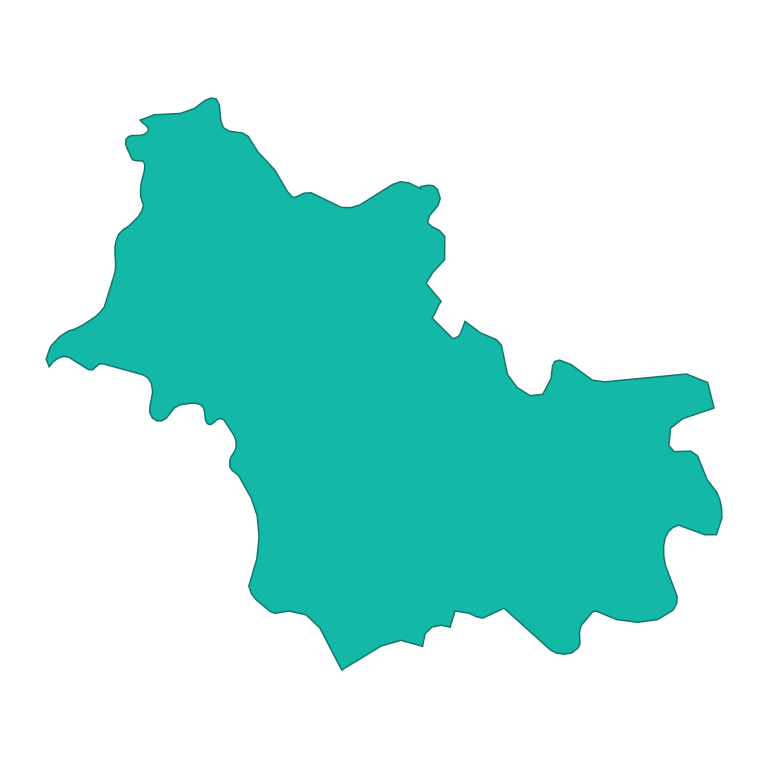 map outline of Loir-et-Cher (Mercator projection)
{"feature_id": "FRA-5314", "entity_name": "Loir-et-Cher", "entity_type": "Metropolitan department", "adm_level": 1, "iso_a3": "FRA", "parent_name": "France", "parent_adm1": "", "projection": "mercator", "projection_center": [1.32, 47.658], "detail": "fine", "context": "isolated", "style": "filled", "palette": "teal", "viewbox_px": 768, "rotation_deg": 0, "n_neighbors": 0, "source": "natural_earth", "source_scale": "10m", "svg_char_len": 2742}
<svg xmlns="http://www.w3.org/2000/svg" viewBox="0 0 768 768"><path d="M550.7,650.2L504.0,608.2L482.9,618.1L476.9,616.9L468.9,613.2L454.8,610.9L454.1,614.4L451.0,623.7L450.3,627.2L441.3,625.2L432.1,627.0L425.1,633.7L422.5,646.3L400.9,640.3L381.3,645.9L341.7,670.0L319.6,627.5L306.0,614.8L288.9,611.0L275.2,613.3L270.4,611.6L256.4,600.0L251.4,593.7L248.8,586.1L256.9,558.7L259.1,537.1L257.2,515.8L251.3,498.2L238.3,475.2L232.0,470.3L229.9,466.9L229.7,460.9L231.0,457.0L235.1,450.5L236.2,446.4L235.9,440.9L234.3,435.8L223.9,419.9L220.9,418.5L217.1,419.6L212.4,423.6L210.0,424.7L207.4,423.7L205.5,420.3L204.5,411.4L203.3,407.4L201.2,405.1L198.5,403.9L193.0,403.0L180.3,404.7L174.1,408.1L166.0,418.5L161.4,420.9L156.6,420.7L152.3,417.9L149.6,412.1L150.1,405.7L152.7,392.0L151.3,383.1L147.7,377.6L142.6,374.7L102.8,363.7L99.0,364.1L92.4,369.9L88.6,369.6L68.9,357.3L63.8,356.4L58.4,358.0L53.3,361.6L49.2,366.7L46.1,359.2L50.7,346.3L59.9,336.5L68.4,331.0L72.7,329.7L73.7,329.6L82.7,325.1L94.6,317.3L100.3,312.1L104.3,307.0L114.6,273.7L115.4,269.4L115.6,265.0L115.5,260.2L115.1,255.8L114.9,251.2L115.1,246.2L116.2,240.6L118.6,234.4L123.3,229.6L128.9,225.9L138.4,216.6L142.0,210.7L143.4,205.4L140.8,197.0L140.5,190.9L141.1,183.6L144.4,170.8L144.9,164.6L143.0,161.1L135.9,160.6L132.9,159.9L131.0,157.1L129.7,153.6L127.5,149.3L125.8,144.6L125.9,139.5L128.5,136.6L132.0,135.5L140.3,135.4L144.4,134.3L148.2,131.3L148.2,128.1L146.0,125.3L142.8,123.0L140.1,120.1L154.3,114.8L180.3,113.4L194.2,108.6L205.2,100.3L211.0,98.0L216.2,98.9L219.3,105.0L220.9,121.3L223.3,127.6L228.9,131.1L242.5,133.0L248.1,136.3L258.0,152.0L274.8,170.0L287.4,191.5L292.1,196.9L294.9,197.4L304.0,193.2L311.2,192.8L341.2,207.4L350.7,207.7L360.0,204.9L392.3,184.6L400.3,181.7L408.9,182.9L420.6,188.6L420.5,186.6L428.7,185.2L433.5,185.8L437.6,189.7L440.2,198.5L438.2,205.2L429.4,215.9L427.5,222.8L432.3,226.8L439.5,230.5L444.8,236.5L444.6,259.7L432.8,272.4L426.1,283.4L441.1,301.4L438.6,305.1L434.4,314.3L432.0,318.0L452.9,338.8L458.0,336.7L460.2,334.3L465.0,321.4L480.3,332.8L496.5,339.7L501.3,344.9L507.5,374.5L517.2,387.6L530.3,395.7L542.8,394.3L550.9,378.8L552.6,365.9L554.7,361.5L559.6,360.1L571.0,364.5L592.3,380.1L604.3,381.9L686.4,374.0L707.7,382.6L714.0,408.0L682.9,418.6L670.6,428.1L668.8,445.4L674.0,451.6L691.0,451.2L697.7,456.2L707.2,479.8L716.7,492.2L719.8,499.7L721.6,508.4L721.9,517.8L716.4,534.7L704.7,534.7L678.6,525.1L672.9,527.5L668.3,531.8L665.1,538.1L663.6,546.5L663.8,556.4L665.5,565.7L677.1,596.5L676.8,603.4L673.1,610.1L657.5,619.6L637.2,622.3L616.7,619.6L596.0,611.0L592.6,611.9L581.5,625.0L580.1,628.8L579.4,633.6L579.9,641.6L579.7,644.7L577.7,648.4L571.9,652.8L564.5,654.2L556.9,653.2L550.7,650.2Z" fill="#14b8a6" stroke="#0f766e" stroke-width="1.5"/></svg>